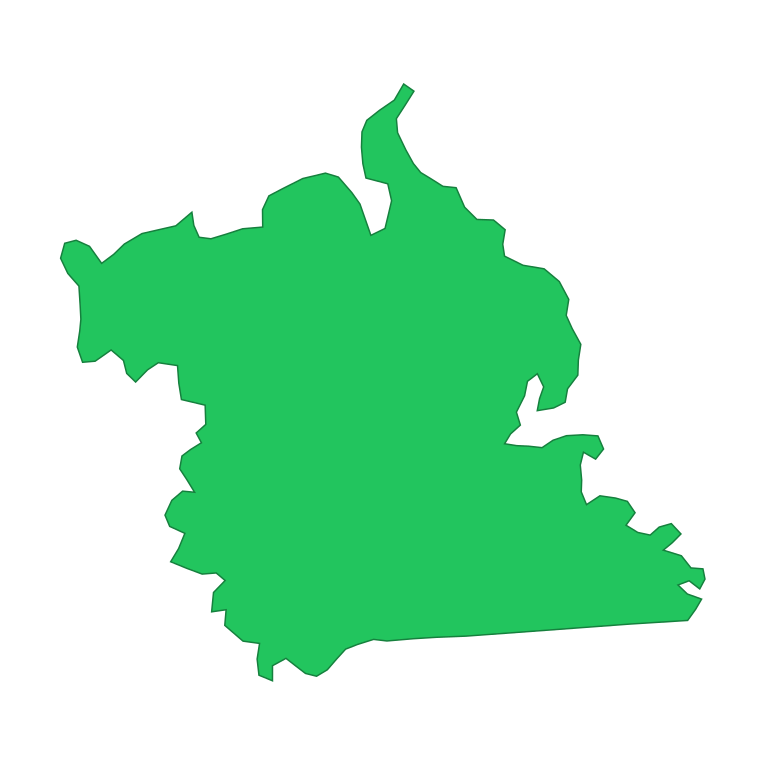 Bandeirante, Santa Catarina, Brazil, rotated 92°
{"feature_id": "56859067B94974109827372", "entity_name": "Bandeirante", "entity_type": "district", "adm_level": 2, "iso_a3": "BRA", "parent_name": "Brazil", "parent_adm1": "Santa Catarina", "projection": "orthographic", "projection_center": [-53.655, -26.766], "detail": "fine", "context": "isolated", "style": "filled", "palette": "green", "viewbox_px": 768, "rotation_deg": 92, "n_neighbors": 0, "source": "geoboundaries", "source_scale": "gbopen_adm2", "svg_char_len": 2275}
<svg xmlns="http://www.w3.org/2000/svg" viewBox="0 0 768 768"><g transform="rotate(92 384 384)"><path d="M609.7,72.3L598.3,64.7L587.9,59.1L583.3,73.5L574.6,83.2L570.0,72.2L577.8,61.3L567.8,56.4L557.6,58.8L557.1,70.8L545.3,80.8L540.3,99.1L532.5,90.3L523.5,82.0L513.5,92.0L517.4,104.0L525.7,112.7L523.5,125.2L516.7,137.2L503.9,128.6L492.8,136.7L489.9,148.6L488.2,164.3L497.5,177.4L484.9,183.1L473.1,183.1L458.1,185.0L445.2,182.3L451.7,169.9L441.3,162.3L428.4,168.4L427.8,183.5L429.3,199.9L434.3,213.1L442.1,223.8L441.1,237.5L441.0,249.2L439.5,261.4L429.5,255.8L420.3,246.3L407.5,250.7L390.9,243.1L376.3,240.7L368.4,231.1L381.3,224.3L393.1,228.0L405.3,229.9L402.0,213.6L395.9,202.3L382.4,200.4L368.4,190.6L353.4,190.6L337.5,188.7L322.0,197.9L309.1,204.3L293.0,202.3L275.5,212.4L263.3,228.0L260.5,249.2L252.0,268.0L240.2,270.2L225.6,268.3L216.3,280.3L216.3,296.9L204.5,309.6L185.3,318.8L184.4,332.0L177.0,344.7L171.4,354.7L162.7,362.3L149.2,370.4L132.4,379.2L118.4,380.9L104.9,372.8L90.3,364.3L83.5,374.8L99.9,383.6L110.6,398.0L121.1,410.4L132.8,414.8L148.1,414.8L164.6,412.8L178.8,409.2L183.8,387.2L200.6,382.8L212.8,385.2L228.5,388.4L235.9,402.3L220.2,408.4L205.0,414.3L193.9,422.8L178.8,436.8L175.3,449.9L181.5,472.4L192.2,491.9L200.0,505.6L214.0,511.5L231.4,510.7L233.8,530.7L239.7,546.8L244.9,562.0L243.8,573.9L232.1,579.6L219.0,582.0L233.2,597.6L237.1,612.3L242.1,631.1L253.2,648.4L263.9,658.7L273.3,670.4L256.7,683.1L251.1,696.7L254.5,708.0L269.6,711.6L284.6,703.8L296.8,692.3L316.0,690.4L329.9,689.2L341.5,689.9L357.8,691.8L372.8,686.0L371.3,673.5L359.5,657.9L369.6,645.2L382.4,641.5L390.7,632.3L378.1,620.8L370.6,610.3L372.8,591.0L390.3,589.1L406.6,585.9L411.4,562.0L430.6,560.7L439.5,570.0L449.1,564.4L456.3,575.1L463.0,583.4L475.9,585.2L486.3,577.8L498.8,569.5L498.1,581.5L507.7,592.0L522.7,598.3L533.8,593.2L540.2,577.8L555.6,583.5L569.1,591.0L575.2,574.4L580.3,559.1L578.7,545.1L585.9,535.9L598.3,547.1L617.7,548.3L615.1,533.9L630.8,534.7L645.9,515.9L647.6,499.3L663.3,501.2L679.4,498.8L684.5,485.1L669.4,485.6L661.6,472.4L669.2,461.9L676.0,452.4L678.4,441.2L671.6,430.7L660.3,421.6L650.3,413.1L645.3,401.6L639.6,385.5L640.7,372.1L637.5,345.5L635.3,322.8L633.1,293.2L621.4,185.5L615.3,129.6L609.7,72.3Z" fill="#22c55e" stroke="#15803d" stroke-width="1.5"/></g></svg>